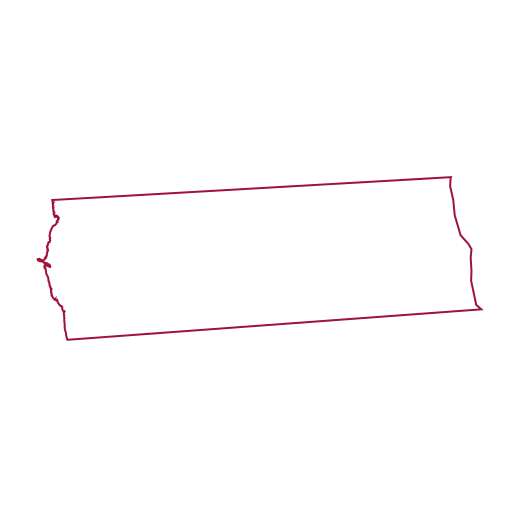 the district of Ngerngesang, Ngchesar, Palau, rotated 173°
{"feature_id": "81905179B58942175915190", "entity_name": "Ngerngesang", "entity_type": "district", "adm_level": 2, "iso_a3": "PLW", "parent_name": "Palau", "parent_adm1": "Ngchesar", "projection": "equal_earth", "projection_center": [134.606, 7.453], "detail": "fine", "context": "isolated", "style": "outline", "palette": "rose", "viewbox_px": 512, "rotation_deg": 173, "n_neighbors": 0, "source": "geoboundaries", "source_scale": "gbopen_adm2", "svg_char_len": 3799}
<svg xmlns="http://www.w3.org/2000/svg" viewBox="0 0 512 512"><g transform="rotate(173 256 256)"><path d="M52.9,310.5L451.4,336.4L451.4,335.8L451.3,335.6L451.4,335.4L451.4,334.6L451.2,334.3L450.4,333.9L451.2,333.3L451.5,332.8L451.3,331.9L451.1,331.9L451.0,331.4L451.3,331.3L451.3,329.7L451.6,329.5L451.6,328.7L451.2,328.4L451.6,327.9L451.6,327.5L451.3,326.8L451.6,326.1L451.4,325.4L451.6,325.3L451.6,324.8L451.3,324.1L451.1,323.7L450.9,323.9L450.8,323.6L451.5,323.2L451.5,322.8L451.7,322.6L451.7,321.9L451.3,321.3L451.2,320.6L451.1,319.5L450.8,319.1L450.3,319.2L449.9,320.3L449.6,320.0L449.4,320.3L448.7,320.3L448.4,319.9L448.5,319.6L448.4,318.9L447.6,318.8L447.6,318.5L447.3,318.1L447.1,317.9L447.3,317.3L447.7,317.5L447.9,317.2L447.8,316.6L448.1,316.6L448.2,316.4L448.5,316.2L448.6,315.9L448.5,315.5L448.6,315.3L448.8,314.0L449.1,314.0L449.3,314.2L449.5,314.5L449.8,314.1L449.7,313.6L449.9,312.8L451.8,311.0L452.9,311.0L453.5,310.6L453.8,310.2L454.2,310.1L455.7,307.9L456.4,306.5L457.6,304.3L457.7,303.4L458.2,302.4L458.4,301.0L458.6,300.3L458.4,299.8L458.2,299.6L458.0,299.3L458.3,299.0L458.3,298.6L458.7,297.7L458.3,296.8L458.6,296.2L459.0,295.2L459.6,295.1L459.8,294.7L460.1,294.8L460.3,294.8L460.6,294.2L460.7,293.9L461.1,293.3L461.2,292.9L461.2,292.2L461.6,292.1L462.4,290.8L462.3,290.0L461.9,289.6L461.8,289.3L462.2,288.6L462.1,288.3L462.3,288.1L462.3,287.8L462.1,287.3L461.7,287.3L461.6,287.0L461.7,286.9L462.0,286.6L462.1,286.2L462.4,285.9L462.6,285.8L462.9,284.4L463.3,284.1L463.4,282.8L463.5,282.3L463.6,281.9L463.8,281.6L464.1,281.6L464.2,281.4L464.4,281.3L464.5,281.2L464.3,281.1L464.4,280.8L464.5,279.9L465.4,280.0L465.5,279.6L465.8,279.2L466.3,278.8L466.4,278.2L467.1,278.0L467.6,277.4L468.2,277.5L469.1,278.0L470.0,278.7L470.8,279.0L471.2,279.6L473.1,279.4L472.9,278.2L470.8,277.0L470.6,276.9L470.2,277.1L470.0,277.9L468.7,277.1L468.6,276.4L468.1,276.0L467.8,275.7L467.5,275.9L467.2,275.2L466.4,274.5L465.4,274.0L464.6,274.0L464.7,274.4L464.1,274.2L463.8,273.7L463.3,273.3L462.5,273.0L461.9,272.3L461.5,271.0L461.4,270.6L461.8,270.2L462.5,270.5L463.6,271.4L463.6,271.9L464.0,271.7L464.8,271.8L465.3,272.1L465.8,273.0L467.0,272.6L467.5,270.2L467.1,269.8L466.6,269.9L466.5,269.4L466.5,267.6L466.2,267.0L466.3,265.7L466.3,265.4L466.3,263.9L466.1,263.1L465.8,262.4L465.6,262.1L465.5,261.5L465.2,260.8L464.9,260.3L465.0,259.3L464.9,258.5L464.8,257.0L465.0,256.8L464.9,255.8L464.4,254.9L464.3,254.0L464.5,252.1L464.3,251.3L464.0,251.2L464.1,250.5L463.9,249.4L463.7,249.4L463.7,248.9L463.4,248.9L463.1,248.4L463.5,248.3L463.4,247.5L463.6,246.8L463.5,246.4L463.8,246.2L463.9,245.4L463.6,244.7L463.7,244.0L463.3,243.5L463.5,243.0L463.6,242.3L463.4,241.8L463.7,241.7L463.6,241.4L463.5,241.2L463.3,241.3L463.2,240.9L463.2,240.6L462.8,240.1L462.5,239.3L462.2,238.5L461.9,238.2L461.6,237.8L461.0,237.6L460.7,237.8L461.0,237.1L460.4,236.9L459.9,236.5L459.7,236.6L459.4,236.9L458.8,236.8L458.9,236.4L458.7,235.3L458.4,235.2L458.4,234.0L458.0,233.2L457.7,232.9L457.3,231.8L456.9,231.6L456.6,230.9L456.2,230.4L455.7,230.2L455.3,230.1L455.3,229.8L455.2,229.7L455.0,229.3L454.9,229.3L454.8,228.7L454.6,228.6L454.7,228.4L454.8,227.9L454.6,226.5L454.4,225.4L453.9,224.8L453.6,224.2L453.2,224.5L452.9,224.6L452.8,224.1L453.3,223.9L453.5,223.6L453.7,222.7L453.9,222.0L453.7,221.6L453.5,220.9L453.8,220.3L453.9,219.2L453.7,218.0L454.2,215.6L454.1,215.1L454.2,214.7L454.2,213.1L454.2,211.4L454.3,210.5L454.5,210.1L454.4,209.4L454.6,208.7L454.6,207.1L454.5,205.9L454.4,205.0L454.0,202.7L454.1,200.5L454.0,199.0L453.7,197.9L453.6,197.5L453.5,197.2L453.5,196.9L453.6,196.5L453.4,196.3L453.3,195.8L38.9,175.6L43.4,180.7L43.7,184.4L45.5,205.4L44.0,214.6L43.1,228.3L41.3,236.5L43.6,241.9L50.4,251.7L53.8,272.3L53.4,287.5L54.8,301.9L53.3,309.7L52.9,310.5Z" fill="none" stroke="#9f1239" stroke-width="2"/></g></svg>